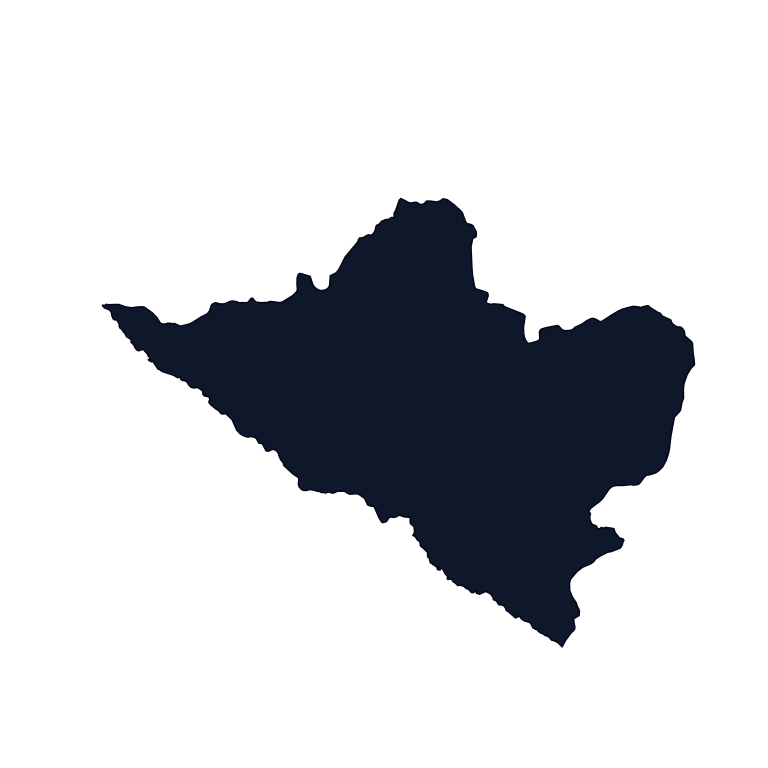 outline of Kutu, Bandundu, Democratic Republic of the Congo, rotated 18°
{"feature_id": "63176286B54443714119434", "entity_name": "Kutu", "entity_type": "district", "adm_level": 2, "iso_a3": "COD", "parent_name": "Democratic Republic of the Congo", "parent_adm1": "Bandundu", "projection": "albers", "projection_center": [18.108, -2.975], "detail": "fine", "context": "isolated", "style": "filled", "palette": "ink", "viewbox_px": 768, "rotation_deg": 18, "n_neighbors": 0, "source": "geoboundaries", "source_scale": "gbopen_adm2", "svg_char_len": 6162}
<svg xmlns="http://www.w3.org/2000/svg" viewBox="0 0 768 768"><g transform="rotate(18 384 384)"><path d="M622.6,575.8L624.7,575.6L629.0,576.1L634.6,578.8L636.0,571.4L638.9,562.7L640.7,559.6L641.0,557.8L640.6,556.1L637.4,550.2L637.2,548.3L641.1,543.9L640.1,539.7L638.6,537.6L636.6,535.8L634.2,532.5L629.2,528.6L624.3,522.9L621.9,515.8L621.8,511.9L625.5,502.8L629.5,496.9L636.6,490.7L638.4,487.9L639.3,485.1L642.4,481.2L648.2,475.2L652.1,473.0L659.1,467.3L659.9,465.6L660.3,462.8L660.0,459.8L660.5,458.6L659.1,457.5L655.5,457.7L649.6,453.8L647.6,450.8L646.5,450.6L639.2,451.8L637.5,453.2L635.0,453.3L633.9,455.1L631.8,455.4L629.7,453.3L626.2,453.3L624.2,452.4L621.5,448.8L620.6,446.2L620.5,443.8L619.7,442.9L618.3,442.5L618.4,440.8L619.0,438.3L625.8,428.4L627.3,425.4L630.6,414.3L632.1,411.7L633.8,410.0L637.7,408.2L643.0,406.5L649.9,403.4L652.5,403.1L656.4,401.2L657.8,399.7L660.6,391.5L661.6,389.9L666.1,387.3L669.9,384.5L672.2,381.4L674.7,376.6L676.0,369.0L676.0,362.3L675.4,357.1L673.0,345.2L670.4,325.9L673.8,318.4L674.0,316.4L673.0,309.3L673.3,305.2L670.0,295.4L669.2,290.8L669.4,281.6L670.9,274.9L673.3,269.6L671.5,265.2L668.2,258.7L665.0,250.3L663.8,249.0L661.7,247.9L655.3,245.3L653.4,241.1L650.8,239.0L649.1,238.3L647.5,238.3L646.5,239.1L642.5,238.6L639.4,237.4L636.9,234.5L628.1,233.4L627.2,233.2L625.1,231.4L622.0,231.2L613.8,229.1L611.0,227.9L606.1,230.6L605.4,232.0L603.5,231.8L597.4,233.0L593.5,235.2L587.6,239.2L584.6,241.9L578.6,248.7L571.6,257.5L569.4,257.9L566.1,257.0L563.0,256.9L561.7,257.3L559.6,258.8L556.6,262.0L553.8,265.9L548.2,271.0L547.0,273.3L545.5,274.9L542.8,276.3L539.3,277.4L536.7,277.4L532.3,274.9L530.7,274.9L520.8,280.3L517.1,282.9L516.0,284.2L515.7,286.1L518.2,293.0L517.1,295.5L510.0,300.4L508.3,300.7L506.5,299.7L503.5,296.9L501.5,293.3L499.1,287.0L497.4,276.5L496.8,275.6L494.4,274.5L476.8,273.4L474.1,273.0L472.5,271.8L463.8,273.8L461.1,275.2L456.9,275.6L455.8,274.1L455.8,268.2L455.3,266.6L454.1,265.2L449.0,265.0L442.1,265.2L440.2,263.7L434.8,253.6L431.8,246.6L424.4,226.7L423.4,218.7L424.6,216.8L426.0,215.7L425.7,213.4L424.4,210.4L419.7,205.9L417.7,205.5L413.1,205.7L411.5,204.5L405.7,197.1L403.5,195.6L395.3,191.9L387.4,189.2L383.1,189.5L380.8,192.5L377.9,194.6L371.2,195.8L368.0,196.9L366.6,199.8L365.5,201.1L363.3,201.9L361.4,202.0L360.1,201.3L358.1,201.3L353.4,203.7L351.3,203.8L342.8,202.4L341.7,204.3L341.6,212.2L341.3,216.6L340.8,218.4L342.3,222.6L339.8,223.3L336.9,226.4L334.9,227.0L331.4,230.1L330.2,233.2L327.9,235.5L327.7,237.1L328.2,240.8L327.5,243.7L326.9,244.7L326.3,246.6L323.7,246.7L322.4,247.4L318.4,251.7L315.6,252.7L315.1,254.7L315.1,257.0L307.9,275.0L305.6,289.4L304.0,293.2L299.5,297.6L301.6,306.1L301.8,308.5L300.9,310.6L299.1,312.8L294.9,314.8L292.7,314.8L290.0,314.2L287.3,312.9L285.1,310.9L280.5,304.5L270.2,304.7L269.2,305.4L268.6,306.4L268.6,309.9L270.5,316.2L272.5,321.0L272.4,323.2L269.7,328.4L262.0,337.4L259.8,338.8L250.4,340.6L247.8,342.5L242.1,344.6L238.2,345.5L236.3,345.4L232.6,343.1L231.7,343.2L230.9,344.1L229.7,347.7L228.6,349.0L221.0,351.5L218.7,351.2L214.5,351.8L212.2,352.9L208.6,356.2L206.6,357.5L203.4,358.5L199.2,358.7L197.7,359.3L195.9,361.4L195.5,362.6L195.5,368.4L194.3,371.8L189.2,376.9L182.6,384.9L180.2,387.2L172.4,391.9L165.8,391.2L164.9,392.0L162.6,392.2L159.6,393.0L157.2,394.7L154.3,395.5L152.5,395.1L147.0,390.7L141.6,387.9L132.1,384.9L129.4,385.5L123.7,387.8L122.0,388.9L119.5,389.7L114.1,390.5L107.1,390.3L96.7,394.0L95.6,393.9L94.8,394.4L94.2,395.7L92.0,396.0L92.1,396.6L94.6,398.0L99.6,398.3L101.9,399.5L103.3,401.3L104.0,403.1L106.3,405.7L107.7,406.2L109.1,406.0L109.5,405.3L112.3,407.5L114.0,409.5L114.4,411.1L115.8,412.5L117.4,412.7L118.9,414.1L122.3,416.3L124.6,418.6L130.0,419.9L130.4,422.3L134.5,424.6L136.0,426.4L138.3,428.0L140.2,428.3L144.4,425.4L149.0,428.2L149.6,428.1L150.8,430.1L152.5,430.8L154.1,432.7L152.4,433.4L153.0,434.3L156.2,434.7L157.4,434.1L164.5,439.7L166.0,439.6L169.2,440.7L181.0,440.7L185.6,441.7L187.9,440.8L189.1,440.7L189.3,442.5L191.7,442.9L191.5,441.6L191.9,441.6L194.1,442.7L194.9,442.5L197.0,443.7L198.2,445.0L201.3,446.7L204.8,446.5L207.4,444.8L212.2,446.1L213.5,446.5L214.2,447.5L214.7,449.4L216.1,450.5L217.4,450.9L219.8,450.4L221.4,450.5L222.6,451.4L223.1,452.2L223.0,454.9L223.4,455.9L226.0,457.4L232.0,459.8L234.6,460.2L237.9,462.4L240.0,462.4L241.9,461.3L243.0,461.2L249.8,464.5L250.8,465.1L258.1,473.3L262.6,475.8L266.0,476.6L269.3,476.7L270.9,476.5L274.2,474.9L277.8,474.7L279.4,475.3L283.2,478.9L286.0,478.4L287.2,478.8L292.4,483.9L294.1,483.9L296.0,482.7L297.9,480.8L299.4,480.3L301.2,480.4L303.5,481.4L305.5,483.3L306.2,484.7L309.1,487.9L312.4,490.0L313.5,491.9L314.4,492.7L325.8,497.9L331.4,499.4L332.4,500.7L333.5,505.7L335.1,508.1L338.5,509.9L339.9,510.1L342.8,509.4L345.6,507.6L348.0,506.8L354.7,506.5L355.6,506.1L358.3,506.5L359.7,505.9L361.9,505.8L364.6,503.8L368.7,503.7L370.1,503.0L372.9,500.4L379.6,498.1L381.9,498.9L385.6,499.4L391.5,496.9L394.1,496.7L401.0,498.8L405.7,503.9L408.2,504.3L412.5,503.6L420.6,512.8L424.2,515.9L425.7,516.2L428.4,514.5L429.2,513.0L429.8,510.2L430.5,509.1L432.0,508.2L434.1,508.0L436.2,506.9L438.4,504.6L440.2,503.8L441.8,504.2L445.4,503.9L449.5,502.9L450.7,504.1L451.5,507.3L452.6,508.8L455.4,509.8L456.9,510.9L459.0,515.8L458.3,519.1L460.6,519.4L464.1,522.1L466.1,522.6L467.3,523.6L468.5,526.3L469.2,527.0L471.9,527.9L477.5,530.7L478.9,535.0L481.2,535.6L481.7,537.3L483.4,539.6L491.2,542.0L492.5,541.2L493.1,541.3L493.2,541.7L492.5,542.8L491.7,543.1L491.9,543.8L492.6,544.0L494.8,543.6L494.3,541.7L494.7,541.3L497.3,542.1L500.8,545.7L504.3,547.6L504.3,549.6L505.3,550.1L507.1,548.9L508.9,549.0L511.3,550.9L513.0,551.1L516.5,552.9L518.2,551.9L522.3,551.7L524.8,552.8L528.5,553.4L531.3,555.2L533.4,554.9L534.9,552.7L535.6,552.4L536.4,554.4L539.9,554.4L544.4,550.2L546.1,549.9L550.7,550.9L554.0,553.7L554.8,555.3L558.0,555.6L561.4,558.5L562.6,558.0L565.8,557.7L568.2,558.9L570.3,561.5L573.2,562.3L580.9,565.7L581.8,565.6L583.5,563.5L584.9,563.3L587.8,565.1L590.2,565.8L596.0,565.8L597.4,566.2L600.9,569.9L601.8,569.8L603.4,570.5L605.4,570.3L607.0,571.4L610.0,572.4L613.4,572.6L614.7,573.3L618.8,573.5L622.6,575.8Z" fill="#0f172a" stroke="#020617" stroke-width="1.5"/></g></svg>